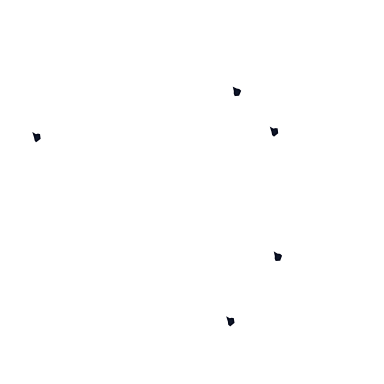 outline of Faafu, rotated 328°
{"feature_id": "MDV-5233", "entity_name": "Faafu", "entity_type": "Atoll", "adm_level": 1, "iso_a3": "MDV", "parent_name": "Maldives", "parent_adm1": "", "projection": "natural_earth1", "projection_center": [72.957, 3.195], "detail": "fine", "context": "isolated", "style": "filled", "palette": "ink", "viewbox_px": 384, "rotation_deg": 328, "n_neighbors": 0, "source": "natural_earth", "source_scale": "10m", "svg_char_len": 753}
<svg xmlns="http://www.w3.org/2000/svg" viewBox="0 0 384 384"><g transform="rotate(328 192 192)"><path d="M282.6,126.0L284.1,128.4L286.0,130.1L286.5,131.9L282.9,134.4L282.6,134.3L279.9,132.9L280.2,131.1L281.7,128.8L282.6,126.0ZM230.0,287.6L230.1,287.8L231.2,290.0L233.3,291.6L233.8,293.4L230.3,296.1L227.2,294.4L227.5,292.7L229.0,290.5L230.0,287.6ZM292.9,179.8L294.1,182.0L296.2,182.7L297.4,183.6L295.7,187.2L291.4,187.7L290.9,186.2L292.0,183.4L292.9,179.8ZM88.6,58.6L89.7,60.9L91.9,61.5L92.3,61.9L92.9,62.5L91.3,66.0L86.9,66.4L86.7,66.4L86.6,65.1L87.7,62.2L88.6,58.6ZM155.4,317.5L156.6,319.7L157.9,320.1L158.5,320.3L159.7,321.3L158.2,324.8L153.7,325.4L153.2,323.8L154.5,321.1L155.4,317.5Z" fill="#0f172a" stroke="#020617" stroke-width="1.5"/></g></svg>